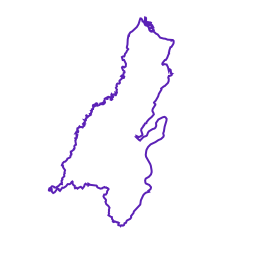 Thaton, Mon, Myanmar (Albers equal-area conic projection), rotated 218°
{"feature_id": "60261553B13890911859525", "entity_name": "Thaton", "entity_type": "district", "adm_level": 2, "iso_a3": "MMR", "parent_name": "Myanmar", "parent_adm1": "Mon", "projection": "albers", "projection_center": [97.318, 17.108], "detail": "fine", "context": "isolated", "style": "outline", "palette": "violet", "viewbox_px": 256, "rotation_deg": 218, "n_neighbors": 0, "source": "geoboundaries", "source_scale": "gbopen_adm2", "svg_char_len": 5900}
<svg xmlns="http://www.w3.org/2000/svg" viewBox="0 0 256 256"><g transform="rotate(218 128 128)"><path d="M72.1,90.7L73.3,91.1L72.6,93.5L73.1,95.1L73.6,95.6L76.2,96.2L79.6,95.3L80.6,95.6L82.2,97.2L82.9,99.0L81.5,102.4L81.3,105.5L82.2,107.8L83.3,109.1L86.8,112.3L88.4,113.3L96.1,116.5L97.5,117.8L99.4,121.0L100.0,122.3L100.5,125.5L100.1,129.0L97.7,133.8L96.6,137.2L95.2,139.7L94.7,142.8L95.1,144.0L97.0,145.5L97.6,147.4L99.9,151.5L102.2,157.4L103.2,159.0L105.0,159.5L106.2,159.2L107.3,157.7L109.3,153.4L109.0,149.2L107.1,147.1L106.6,145.2L106.8,143.9L108.0,142.2L109.5,138.2L109.4,136.7L108.5,133.8L108.7,133.0L110.3,130.5L110.7,126.5L111.1,126.1L110.9,125.5L111.8,125.4L115.9,125.8L115.7,126.0L116.5,126.9L113.9,127.5L113.2,128.6L112.3,131.3L112.7,131.9L116.1,134.1L116.9,135.6L116.9,138.9L117.3,139.5L117.0,140.2L117.4,142.0L116.5,143.1L117.0,144.4L116.9,147.6L116.1,151.4L116.0,154.6L117.0,155.4L119.2,156.4L119.8,157.3L120.3,158.6L120.7,163.1L121.1,163.6L122.3,163.6L123.2,164.1L123.0,166.7L123.7,171.5L124.7,173.9L125.3,178.9L126.2,179.5L125.4,182.9L124.9,183.6L124.3,188.0L124.8,189.9L126.1,191.8L127.2,192.3L127.6,193.1L127.4,194.2L127.7,194.4L126.6,195.5L126.2,196.6L126.4,197.1L127.5,197.4L127.1,197.9L127.9,197.8L130.1,200.0L131.4,200.0L131.7,199.7L131.0,198.9L130.8,198.0L133.9,200.5L136.6,201.8L138.6,200.8L139.4,199.3L140.4,199.5L140.8,200.6L140.8,204.2L140.1,204.9L140.3,207.3L141.5,211.3L141.4,211.9L142.4,212.8L142.4,213.3L143.2,214.6L144.3,217.8L143.7,218.6L144.0,221.8L144.4,223.1L145.6,224.7L146.7,224.9L147.3,224.0L147.5,224.5L151.2,222.0L153.6,221.3L155.0,220.4L158.3,219.0L162.2,220.0L164.0,219.6L166.8,219.8L167.8,219.4L169.0,218.2L170.4,218.1L171.5,218.4L174.0,220.3L176.5,220.2L177.3,219.7L177.9,219.7L180.9,221.3L182.1,220.9L183.9,222.2L185.3,222.3L185.7,222.0L185.5,221.3L183.6,216.3L183.2,213.0L184.2,206.7L185.0,204.8L184.9,202.9L184.0,201.2L184.5,201.0L182.8,197.7L179.7,193.3L178.8,191.2L178.3,190.5L176.4,190.3L176.3,187.9L175.9,186.6L176.0,184.6L175.1,182.7L175.1,181.9L175.9,181.5L176.5,180.1L174.0,178.3L173.0,179.2L169.1,177.3L167.7,175.1L168.2,173.5L169.8,173.2L170.1,172.6L169.9,171.8L167.3,170.4L165.8,170.5L164.9,169.6L165.3,168.6L164.3,166.9L165.1,165.8L165.3,164.5L164.6,164.5L163.1,166.2L162.6,166.2L162.1,165.0L163.2,163.7L163.8,160.1L163.5,159.5L162.6,159.1L162.1,158.2L162.3,157.5L163.5,156.8L163.8,156.1L163.6,155.2L163.3,154.5L162.4,154.1L162.3,152.2L160.3,151.4L160.0,150.3L158.6,149.2L158.4,148.4L159.6,148.1L157.8,146.6L157.8,146.3L158.3,146.0L159.8,145.9L160.4,144.5L161.8,144.7L161.6,143.9L161.2,143.6L159.0,143.6L158.8,143.1L159.0,142.6L160.5,142.4L160.2,141.6L159.2,141.5L158.1,141.0L158.3,139.9L159.1,139.6L160.6,141.3L162.1,140.7L162.7,140.3L162.8,139.9L162.0,138.3L162.4,137.9L163.1,138.2L163.4,139.0L164.4,136.7L163.6,135.8L163.5,134.7L162.3,134.4L161.8,133.9L161.7,132.7L162.2,131.3L162.7,131.0L162.5,132.6L163.1,133.1L164.1,131.0L164.9,130.3L164.6,128.7L165.7,126.9L166.9,127.2L167.3,128.3L168.2,128.0L168.4,127.5L167.0,125.8L167.3,125.4L168.1,125.5L168.7,126.1L169.6,124.4L169.2,123.7L168.0,123.6L168.2,123.0L167.2,121.4L168.0,120.5L167.2,119.6L167.7,118.8L166.5,118.4L166.5,117.1L165.9,116.5L166.6,115.7L165.5,115.2L166.4,113.1L166.5,111.7L168.2,112.5L168.6,112.4L168.6,112.0L167.5,111.4L167.0,110.7L167.1,109.4L166.0,108.4L166.0,107.9L167.0,107.4L166.5,107.3L165.8,106.3L165.9,104.5L165.5,104.8L165.5,104.4L164.9,104.5L165.4,103.6L165.3,103.1L164.5,103.1L164.1,103.6L163.8,102.9L164.2,101.9L164.1,100.5L165.8,99.9L166.3,99.1L167.2,99.3L167.1,97.6L167.7,96.7L167.4,96.0L166.7,95.7L166.7,95.1L165.3,94.9L164.9,94.1L166.3,93.2L166.1,91.5L165.5,92.1L165.1,92.0L164.2,90.6L163.7,90.1L163.6,90.4L163.3,89.7L163.1,90.2L162.3,88.6L163.2,87.4L161.8,86.7L161.8,85.7L158.7,82.8L159.2,81.8L159.2,80.9L158.9,80.3L157.8,79.4L157.5,78.6L157.8,78.2L157.4,77.6L158.1,75.1L158.0,74.4L158.5,74.1L158.1,73.5L156.8,72.9L156.9,72.5L156.2,72.1L156.4,70.9L155.6,69.9L155.6,69.0L156.9,66.5L156.5,65.5L156.7,63.0L157.6,61.9L157.8,59.9L157.0,58.7L157.3,58.2L157.1,57.8L155.8,58.1L154.9,57.0L151.6,56.0L150.7,53.8L150.0,53.5L149.9,52.2L148.5,50.8L148.9,47.8L148.5,47.2L147.9,47.0L147.8,45.3L146.5,44.4L146.6,44.1L145.5,43.1L146.8,42.4L147.0,39.8L148.2,36.5L149.4,35.8L150.0,36.1L151.5,35.7L152.1,35.1L152.1,33.3L152.8,32.1L152.2,30.4L151.9,30.1L151.0,30.4L150.7,31.3L151.5,32.7L151.3,33.3L150.6,33.0L148.9,31.0L146.9,30.7L146.2,32.3L146.3,36.9L145.2,37.3L144.1,36.5L142.9,36.5L143.0,40.6L141.9,41.2L141.0,43.9L141.0,46.6L139.4,47.8L139.0,48.9L139.2,50.9L138.9,51.6L138.3,51.4L138.0,50.5L137.1,49.9L135.7,49.4L134.4,49.7L133.2,48.2L132.6,47.9L131.7,49.3L130.5,49.1L129.9,51.1L129.0,52.6L126.6,52.3L126.6,55.0L127.3,56.8L127.1,58.0L125.7,58.0L125.0,59.0L123.9,58.2L123.7,59.0L124.3,59.1L124.8,59.7L122.7,60.0L117.4,63.2L116.9,63.2L115.9,62.5L115.0,62.5L112.3,63.3L111.1,64.7L111.2,65.1L110.2,67.0L109.3,66.9L108.7,67.7L108.0,67.6L107.2,68.1L105.7,67.9L105.5,65.3L104.6,63.9L104.5,61.8L105.8,60.9L105.3,59.1L104.1,58.4L101.3,57.9L100.4,56.9L100.4,56.0L98.2,54.6L95.6,54.5L93.5,53.8L92.6,51.6L91.9,51.1L91.0,49.4L90.2,48.9L89.7,47.2L86.7,47.5L85.9,47.9L84.6,46.5L83.4,46.2L82.7,45.7L82.6,45.1L82.1,44.9L81.3,45.1L81.0,45.6L81.1,47.0L80.6,46.1L80.0,46.6L78.7,46.8L78.1,47.4L76.7,47.6L76.5,46.3L75.8,45.5L74.0,46.4L73.4,46.2L73.4,47.1L72.8,47.7L72.0,47.8L71.6,48.4L71.4,49.1L72.1,50.8L71.2,52.2L71.8,53.5L71.8,54.6L70.3,57.8L70.4,59.4L71.4,60.5L71.3,64.2L72.0,65.9L71.2,75.2L73.3,78.9L74.6,84.5L74.5,86.5L73.9,88.4L72.1,90.7ZM180.9,222.6L178.9,220.9L177.2,221.0L175.1,221.9L177.2,223.9L178.5,223.1L177.7,222.2L178.2,222.2L179.4,223.1L181.4,225.7L181.9,225.9L182.6,225.6L181.5,224.1L180.9,222.6ZM170.6,221.6L172.7,219.9L171.9,219.0L170.4,218.4L169.6,218.7L167.9,220.9L168.7,221.4L170.6,221.6ZM172.2,222.7L170.8,223.2L172.3,223.9L173.5,223.8L174.4,224.3L174.7,225.1L175.7,224.8L175.8,223.7L174.5,222.9L172.2,222.7Z" fill="none" stroke="#5b21b6" stroke-width="2"/></g></svg>